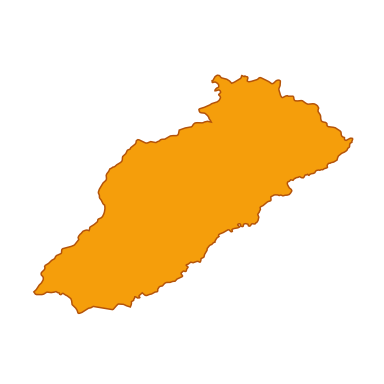 Son Tay, Kon Tum, Vietnam, rotated 267°
{"feature_id": "81297802B56181672233009", "entity_name": "Son Tay", "entity_type": "district", "adm_level": 2, "iso_a3": "VNM", "parent_name": "Vietnam", "parent_adm1": "Kon Tum", "projection": "natural_earth1", "projection_center": [108.348, 14.969], "detail": "fine", "context": "isolated", "style": "filled", "palette": "amber", "viewbox_px": 384, "rotation_deg": 267, "n_neighbors": 0, "source": "geoboundaries", "source_scale": "gbopen_adm2", "svg_char_len": 6011}
<svg xmlns="http://www.w3.org/2000/svg" viewBox="0 0 384 384"><g transform="rotate(267 192 192)"><path d="M233.3,354.3L234.2,354.3L236.2,355.2L237.1,355.1L237.4,353.9L237.4,352.8L235.5,348.7L235.8,347.6L236.8,347.0L238.4,347.1L239.1,345.5L239.7,344.7L241.1,344.1L244.1,343.9L245.3,343.0L248.6,338.5L249.2,336.6L250.1,331.6L250.7,330.7L251.7,330.2L252.9,330.4L253.8,329.9L254.6,328.7L254.9,327.2L255.5,325.7L256.4,324.8L258.6,324.4L261.2,324.4L262.7,323.9L265.8,322.1L267.4,322.2L269.2,322.9L271.5,321.8L272.6,320.5L273.5,319.0L273.8,317.4L273.6,312.3L274.7,310.3L277.3,307.1L277.6,305.8L277.4,302.4L277.6,300.3L278.0,299.4L278.6,298.9L279.9,298.6L281.5,298.5L282.4,297.8L282.6,293.3L283.2,292.1L282.9,290.5L281.6,287.6L281.6,287.0L282.1,286.4L283.7,285.5L289.6,284.1L290.7,284.2L293.6,285.5L297.4,286.0L298.3,286.0L298.9,285.3L299.2,284.6L299.2,283.5L298.8,282.0L296.2,278.9L296.0,277.6L296.2,277.0L298.2,274.5L299.8,271.7L302.3,267.2L302.7,266.0L302.4,264.9L301.4,263.8L300.8,262.7L299.4,257.1L299.1,254.6L299.6,253.4L300.0,253.0L300.6,253.0L302.9,253.8L303.9,253.5L304.2,253.1L304.4,252.0L305.1,250.9L304.5,250.2L305.7,247.9L305.0,247.4L303.9,247.3L302.8,246.3L299.4,239.9L298.5,237.3L300.9,235.3L302.8,232.6L304.4,227.6L304.9,226.9L306.8,225.6L307.3,223.7L307.0,222.6L305.9,221.0L302.1,218.6L302.1,217.9L300.6,217.9L300.2,218.4L300.6,219.9L300.5,221.3L299.0,223.3L297.6,224.2L296.0,224.2L295.4,224.0L295.0,223.5L294.5,222.1L293.9,221.4L292.6,220.3L291.9,220.2L291.8,221.0L292.5,223.9L292.3,224.6L291.6,225.4L290.2,225.9L288.8,224.8L288.1,223.8L287.5,223.8L286.1,225.1L284.8,225.4L284.0,225.1L282.0,223.8L280.7,221.9L279.2,216.3L278.1,214.5L275.9,208.7L274.8,204.3L274.5,203.6L273.9,203.2L272.0,203.6L271.0,204.3L270.6,205.5L270.1,208.5L269.6,209.4L267.4,211.6L265.5,212.7L264.3,212.9L262.2,214.3L260.8,214.9L261.8,211.2L261.3,208.3L260.6,206.6L260.5,205.6L260.9,201.4L260.9,199.7L260.7,198.5L259.6,197.0L257.6,195.6L257.1,194.9L256.3,188.6L254.5,182.5L250.7,181.5L249.9,181.0L249.3,180.1L249.1,179.3L249.3,176.0L249.1,173.3L246.2,167.6L246.2,164.8L245.8,163.2L244.8,162.3L243.9,159.7L243.4,159.1L243.3,158.2L244.5,153.4L243.3,150.0L243.3,148.4L246.8,142.0L247.1,140.7L246.3,139.3L245.9,139.0L244.2,138.7L242.8,137.8L239.5,133.2L238.0,132.3L237.3,130.0L236.9,129.5L233.8,127.9L231.1,124.7L230.3,124.4L227.4,124.0L226.4,123.5L225.2,122.2L223.2,118.4L221.5,116.3L221.1,115.3L221.0,114.3L220.0,112.8L219.4,111.2L217.0,109.9L214.8,108.0L213.2,107.2L210.1,107.3L208.9,107.1L208.0,106.5L205.7,103.7L199.6,99.6L196.8,98.5L195.8,98.5L193.8,99.3L191.4,99.3L190.7,99.5L188.5,101.0L185.0,102.5L184.1,103.2L183.7,103.9L182.2,104.2L180.0,104.2L176.6,103.5L174.8,102.8L172.1,101.3L170.9,99.8L169.9,97.1L169.2,96.5L168.1,96.3L167.2,95.9L164.6,92.5L162.4,88.5L161.9,88.1L159.7,87.6L158.8,87.2L159.4,85.6L159.5,84.4L159.1,82.7L158.5,81.1L156.3,79.0L155.7,78.1L153.8,76.5L152.5,75.9L150.4,76.4L145.4,72.0L144.9,71.1L144.0,68.6L142.2,60.0L141.5,59.1L140.7,58.8L138.1,58.5L137.6,58.2L137.1,57.3L135.6,53.3L134.5,52.3L132.6,51.3L131.1,48.3L128.2,45.0L126.4,41.6L125.2,40.9L123.9,41.2L122.3,40.6L119.6,37.6L118.8,37.1L117.2,37.1L115.4,38.5L114.3,39.0L112.7,38.9L111.7,38.6L109.0,36.8L107.1,34.6L102.7,31.4L100.5,28.8L98.2,30.3L97.7,31.4L97.4,36.7L97.8,38.6L99.4,41.4L99.6,42.1L98.9,46.1L99.2,49.0L99.7,51.0L98.5,52.7L98.2,54.0L96.8,54.5L96.4,55.3L96.4,55.8L97.5,57.3L97.5,58.0L95.7,60.4L94.9,61.9L91.9,65.4L89.7,66.1L85.8,66.4L82.1,69.8L79.8,71.1L77.2,71.8L76.7,72.6L76.8,73.5L77.5,75.8L81.3,82.5L81.7,85.0L82.9,87.4L78.7,106.4L79.0,107.3L82.5,110.7L83.8,112.2L84.0,112.7L83.4,117.7L81.8,120.7L80.4,124.4L82.6,125.4L83.8,125.7L85.7,125.8L86.8,128.0L87.9,128.2L88.9,129.0L90.4,129.4L90.4,130.0L89.0,132.1L89.1,134.1L89.5,134.4L90.7,133.6L91.3,133.8L93.9,137.0L91.5,139.5L91.0,140.7L91.1,141.7L91.9,144.0L92.3,146.3L94.0,149.9L94.2,151.9L94.9,152.6L96.7,152.7L98.8,154.2L99.4,155.2L99.8,157.6L101.7,159.4L102.6,160.6L103.0,161.9L102.9,165.4L103.7,168.1L103.8,170.4L105.9,172.6L107.9,177.6L108.4,178.1L109.0,178.1L110.7,176.9L111.7,176.9L113.5,179.2L113.4,180.0L113.0,180.8L113.0,181.4L113.4,182.1L115.3,182.7L117.0,184.1L117.7,183.9L118.3,183.0L119.0,182.4L119.4,182.4L119.7,182.7L120.1,184.3L122.0,187.1L121.3,189.4L122.5,193.5L122.3,194.7L121.6,195.8L121.7,196.7L123.0,197.2L125.0,197.6L126.2,200.3L126.6,200.6L129.0,201.3L132.9,203.9L134.9,204.3L137.6,206.7L138.3,207.9L138.5,208.9L140.3,210.8L140.7,212.3L141.4,212.2L142.1,212.9L142.7,212.9L144.9,214.6L146.1,216.6L146.7,216.2L147.9,216.4L148.6,217.4L149.9,221.2L152.4,226.0L152.2,227.1L150.4,228.7L150.2,229.3L150.4,230.0L150.8,230.3L152.3,229.9L152.7,230.3L153.3,232.0L153.8,235.9L154.5,237.6L155.0,237.5L156.6,235.9L157.2,236.0L157.7,236.8L157.8,237.8L157.6,238.3L157.0,238.8L155.6,238.7L155.2,239.1L154.8,240.5L155.0,241.2L155.6,241.5L157.0,241.8L157.5,242.9L157.6,244.2L156.8,246.3L155.4,246.5L154.9,247.3L155.2,248.5L156.7,249.6L157.2,250.4L156.8,252.6L157.0,253.6L157.9,254.2L158.2,255.1L160.0,256.4L163.4,257.4L166.0,256.5L167.1,257.0L168.4,258.1L169.5,258.5L170.9,259.4L173.1,259.2L173.8,260.1L174.7,262.2L178.3,267.0L179.1,270.0L179.9,270.5L182.9,270.4L183.2,270.7L184.7,273.9L184.8,275.1L184.6,277.4L183.9,278.9L184.3,280.1L184.2,280.9L183.4,282.6L183.9,284.9L183.9,286.9L184.4,288.9L185.6,290.2L187.6,291.6L188.4,291.7L189.5,291.1L191.0,289.4L194.0,287.9L195.4,287.6L196.2,287.7L197.2,288.4L197.6,289.8L199.0,291.2L198.4,293.5L200.1,295.1L200.2,295.9L200.8,296.7L201.1,298.8L201.7,300.0L201.6,300.5L200.6,301.9L200.3,303.8L201.2,304.8L202.7,305.6L203.1,306.1L203.1,307.1L203.6,308.4L202.7,309.1L202.5,309.7L203.5,310.7L204.1,312.6L204.1,313.8L204.7,315.5L206.4,316.7L207.0,317.5L207.3,319.6L207.0,320.7L207.6,322.3L207.4,323.7L208.4,325.4L209.0,327.9L209.7,328.6L211.0,328.3L211.8,328.5L213.3,329.7L213.5,330.2L213.5,331.4L214.0,332.4L214.5,335.1L216.3,338.5L218.5,339.2L220.3,340.1L222.8,343.5L223.9,346.4L225.2,348.5L226.0,349.2L227.4,349.8L228.4,351.3L229.0,351.7L230.8,351.9L232.3,352.4L233.3,354.3Z" fill="#f59e0b" stroke="#b45309" stroke-width="1.5"/></g></svg>